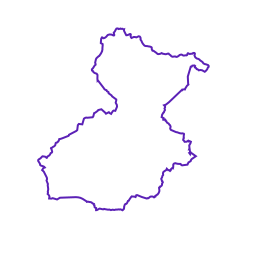 Ahuacatlán, Puebla, Mexico, rotated 20°
{"feature_id": "50627088B38644247455726", "entity_name": "Ahuacatlán", "entity_type": "district", "adm_level": 2, "iso_a3": "MEX", "parent_name": "Mexico", "parent_adm1": "Puebla", "projection": "albers", "projection_center": [-97.866, 20.028], "detail": "fine", "context": "isolated", "style": "outline", "palette": "violet", "viewbox_px": 256, "rotation_deg": 20, "n_neighbors": 0, "source": "geoboundaries", "source_scale": "gbopen_adm2", "svg_char_len": 5793}
<svg xmlns="http://www.w3.org/2000/svg" viewBox="0 0 256 256"><g transform="rotate(20 128 128)"><path d="M182.8,42.7L182.6,42.1L181.7,41.5L179.1,41.5L178.4,41.7L176.8,41.5L175.4,40.5L172.4,39.7L171.8,39.3L170.5,39.0L169.1,39.2L167.7,38.8L167.0,38.5L165.6,37.0L165.5,35.4L165.3,35.1L164.8,34.8L164.3,34.9L163.6,35.2L163.0,36.2L161.9,36.6L161.0,37.2L160.4,37.4L158.8,37.2L158.6,37.4L158.5,37.8L158.6,39.1L158.2,39.7L157.2,40.0L156.0,40.7L155.2,41.0L153.4,40.7L152.9,40.8L152.4,41.1L151.5,41.8L150.9,43.0L149.9,44.2L149.0,44.7L148.2,44.6L147.4,44.8L145.5,45.8L144.7,45.8L143.9,45.6L143.1,45.1L141.6,44.7L140.7,44.2L139.8,44.6L138.7,45.5L137.8,45.9L135.1,46.3L134.0,46.1L133.1,47.1L132.0,47.8L131.2,48.2L130.4,48.3L129.0,47.7L125.4,46.7L124.6,47.0L124.3,46.8L123.3,45.7L122.9,44.5L122.5,44.1L122.0,44.0L120.5,44.0L120.1,44.2L117.9,44.5L116.8,44.9L115.8,45.0L115.0,44.8L113.1,43.7L112.0,42.8L110.9,41.6L109.7,40.8L109.5,40.6L109.4,40.0L108.8,38.8L107.9,38.1L107.0,38.1L106.6,38.2L105.0,39.9L103.2,40.2L102.3,40.5L100.5,42.2L99.8,41.8L99.0,40.7L98.6,39.1L98.1,38.9L97.6,39.1L96.0,40.7L95.0,41.3L94.6,41.4L91.3,38.3L90.7,37.4L90.6,36.8L90.4,37.0L89.0,36.6L87.7,37.2L87.4,37.3L87.0,37.1L85.5,38.2L85.2,38.3L84.4,37.9L83.2,38.5L82.9,39.5L82.6,41.8L82.0,43.3L83.3,45.3L83.2,45.8L82.7,46.0L82.0,46.0L81.3,45.9L80.4,45.9L78.7,46.4L77.3,47.4L76.9,48.1L76.4,49.6L75.6,50.9L74.8,51.7L74.1,52.1L73.5,52.0L73.2,51.7L72.6,51.7L72.4,52.4L72.3,53.5L73.4,57.5L74.2,57.7L75.3,57.7L75.8,58.5L76.7,61.9L77.0,62.6L77.2,63.3L77.2,64.0L77.4,64.7L77.3,65.4L77.1,67.2L76.3,70.2L75.9,70.5L74.7,72.8L74.4,73.6L74.4,74.8L74.8,77.9L75.4,78.6L75.9,79.6L75.3,80.7L74.6,83.9L74.0,85.2L74.5,86.3L75.8,86.6L76.4,87.3L77.8,87.7L80.0,87.7L81.2,88.6L82.4,92.2L83.1,93.7L83.2,93.4L91.6,98.8L92.3,99.4L93.7,99.9L94.8,99.8L95.6,100.6L97.3,100.9L97.5,101.1L97.9,102.0L101.4,103.0L102.2,103.7L107.2,105.2L107.5,106.0L107.8,108.5L109.6,110.1L110.4,111.7L110.2,116.2L108.6,116.5L108.0,117.3L107.4,119.8L107.3,120.5L105.5,120.2L104.6,119.7L102.4,122.1L102.0,121.9L101.6,121.5L96.6,119.5L93.9,121.3L93.6,122.3L91.9,124.9L91.1,125.6L91.4,128.9L91.1,130.0L86.2,132.3L85.2,132.5L84.3,133.1L83.4,134.3L83.8,140.2L80.4,141.0L79.9,142.5L81.0,147.3L80.4,148.5L74.9,154.5L75.0,154.9L74.8,155.7L69.7,160.2L68.2,161.4L67.2,161.9L67.3,162.7L67.1,164.6L66.6,165.0L66.5,165.7L66.1,166.1L65.3,166.6L65.2,166.8L65.5,169.1L65.0,170.3L64.0,171.4L63.1,172.8L62.6,173.0L62.6,173.5L63.4,174.1L64.6,175.8L64.9,176.4L64.9,176.8L64.7,177.3L63.9,178.1L63.8,179.6L63.2,181.0L62.1,182.3L62.0,183.7L61.7,183.9L60.8,183.5L59.9,183.3L57.4,183.8L57.1,184.2L56.1,186.5L54.9,188.0L54.6,188.7L54.8,189.6L57.0,191.3L57.6,191.9L58.1,192.8L59.0,193.1L61.2,193.0L62.4,193.1L63.3,193.6L62.2,194.6L61.7,196.9L63.8,197.8L68.7,202.4L69.4,203.7L69.4,205.2L71.4,207.5L71.9,208.0L72.1,209.2L73.7,212.2L74.1,213.3L74.4,215.3L74.8,215.8L75.1,217.5L75.8,217.7L76.9,218.5L77.6,219.2L78.0,221.2L80.3,220.5L81.2,219.7L85.8,219.4L87.9,216.8L102.7,210.8L104.9,210.2L107.1,209.9L109.6,210.1L114.1,211.1L114.6,211.5L115.5,210.9L117.2,210.7L118.4,210.4L119.5,210.5L120.2,210.9L121.9,211.0L121.9,211.6L122.2,211.9L122.6,212.2L123.0,212.2L123.5,213.5L123.7,213.8L124.4,214.1L125.4,214.1L126.1,216.1L126.8,215.8L128.7,213.6L129.0,213.4L131.7,213.1L132.9,212.7L133.2,212.2L134.3,212.1L137.2,211.6L138.4,211.0L140.0,211.0L141.5,210.0L142.8,209.8L143.4,209.6L144.3,208.9L145.7,208.4L147.2,207.6L148.0,207.5L148.5,207.1L149.5,207.0L150.9,207.2L151.4,206.5L151.6,205.4L151.8,205.3L151.6,204.1L151.3,203.5L151.2,201.2L151.6,200.2L152.4,199.8L152.8,198.6L152.9,196.6L153.6,196.0L153.7,195.0L154.6,191.6L155.0,190.9L156.1,190.8L157.1,190.3L158.7,190.3L158.8,188.3L159.7,187.9L164.5,188.1L169.1,187.9L169.9,187.8L170.2,187.3L171.2,187.0L172.3,185.1L172.9,184.6L174.1,184.1L175.4,184.0L176.2,184.3L176.6,183.9L176.6,183.0L176.9,182.7L177.2,182.7L177.2,182.0L177.8,181.4L178.2,180.6L178.5,180.4L179.0,178.8L179.1,176.9L178.8,175.8L177.6,173.5L177.7,173.1L178.2,172.7L178.2,172.1L178.5,172.0L179.3,170.7L179.4,169.8L179.0,168.5L179.3,167.2L178.7,166.4L178.2,166.4L177.8,165.7L177.1,165.1L176.6,164.3L176.9,162.7L176.7,161.3L177.1,160.1L176.3,158.5L176.3,157.3L177.0,156.1L178.3,154.4L178.4,153.0L180.2,153.9L181.0,153.5L182.2,154.0L182.6,153.2L182.5,151.9L182.7,151.5L183.3,150.8L183.9,150.6L183.5,150.1L183.8,149.8L183.9,149.4L183.1,147.0L183.2,146.1L183.7,145.4L184.8,144.8L185.2,144.9L187.2,144.6L189.7,143.8L190.5,144.4L191.6,144.6L196.4,142.1L196.6,139.7L198.2,137.7L198.2,136.2L198.5,135.4L201.4,131.3L196.8,130.0L195.2,130.3L195.3,131.3L194.1,130.5L195.2,129.4L194.3,128.9L194.1,128.4L193.6,127.9L193.2,127.4L193.3,126.9L192.9,126.3L192.7,126.5L192.7,126.0L191.5,123.4L191.9,121.0L191.8,119.4L191.1,119.3L190.7,119.5L190.2,119.3L189.5,119.9L188.9,119.4L187.8,120.8L185.9,121.6L184.6,120.6L183.4,120.3L183.9,120.2L183.7,119.7L183.8,119.4L183.9,118.4L183.6,118.1L183.6,117.6L183.1,116.6L182.8,114.7L182.5,114.3L181.0,114.4L180.0,114.9L178.4,115.2L175.7,115.2L174.9,115.4L174.1,115.4L169.0,115.1L168.5,114.8L167.8,114.0L167.6,112.3L167.4,111.9L166.4,110.9L165.6,110.7L164.8,110.0L162.6,109.5L161.7,108.5L161.0,108.5L160.7,107.9L160.2,107.4L159.9,107.3L159.4,107.8L158.9,107.7L158.7,107.9L158.5,107.7L158.2,107.9L158.0,107.2L158.3,107.0L158.1,106.5L155.9,106.3L155.5,103.7L155.9,102.3L155.9,101.7L156.1,101.6L156.4,100.8L156.3,100.1L156.6,98.4L155.6,97.1L155.8,96.0L155.4,95.0L154.1,94.3L155.6,93.1L157.7,89.7L165.3,74.4L165.9,74.1L165.8,73.4L167.7,72.4L168.3,72.3L168.3,71.3L169.0,68.1L169.9,66.5L169.4,65.9L166.6,59.2L166.0,48.9L166.8,48.6L167.1,47.4L169.1,46.5L169.9,46.8L169.9,47.9L170.0,48.1L170.4,48.3L171.5,48.4L172.4,49.2L173.2,49.0L173.6,49.1L174.8,49.6L176.0,48.8L177.8,48.4L180.9,48.9L181.6,47.7L182.3,45.8L182.4,43.7L182.8,43.3L182.8,42.7Z" fill="none" stroke="#5b21b6" stroke-width="2"/></g></svg>